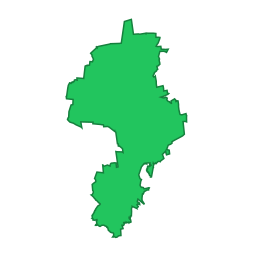 Salvatierra, Guanajuato, Mexico, rotated 355°
{"feature_id": "50627088B1811794709205", "entity_name": "Salvatierra", "entity_type": "district", "adm_level": 2, "iso_a3": "MEX", "parent_name": "Mexico", "parent_adm1": "Guanajuato", "projection": "equal_earth", "projection_center": [-100.915, 20.193], "detail": "fine", "context": "isolated", "style": "filled", "palette": "green", "viewbox_px": 256, "rotation_deg": 355, "n_neighbors": 0, "source": "geoboundaries", "source_scale": "gbopen_adm2", "svg_char_len": 5771}
<svg xmlns="http://www.w3.org/2000/svg" viewBox="0 0 256 256"><g transform="rotate(355 128 128)"><path d="M164.0,36.3L161.6,35.8L156.7,35.4L154.3,35.0L154.2,35.7L153.7,35.6L152.9,35.2L147.9,35.6L146.6,35.2L141.6,35.1L140.8,20.1L133.7,21.6L128.7,42.9L126.9,43.0L117.8,42.5L117.1,42.8L106.1,44.1L104.4,44.5L104.3,45.0L103.9,44.3L103.5,44.5L103.7,45.4L100.6,47.7L97.3,50.3L98.5,52.0L98.4,53.3L99.6,56.4L98.4,58.9L95.9,58.5L95.1,62.0L94.7,61.9L94.2,62.1L92.8,61.9L92.7,62.4L91.6,62.3L90.7,62.6L88.2,74.8L81.5,73.7L81.4,75.2L81.5,75.6L81.5,75.9L80.0,75.4L79.0,75.5L78.7,75.7L78.5,76.8L78.3,77.0L76.9,77.3L76.9,77.8L75.9,77.8L75.7,78.0L75.7,77.8L75.0,78.3L74.9,78.6L74.6,78.5L74.0,77.9L73.8,77.9L72.3,80.2L71.5,82.9L69.5,91.6L69.2,91.5L69.3,93.5L75.8,94.8L75.1,99.9L73.3,100.1L70.6,106.6L70.3,108.9L69.8,112.2L69.0,112.9L68.8,114.0L68.5,114.1L68.5,114.4L69.9,116.2L70.7,117.1L74.1,118.5L76.4,120.2L81.4,123.0L82.0,123.7L81.5,117.8L93.7,119.2L93.4,120.7L101.0,122.1L101.9,122.4L103.8,122.7L103.9,124.6L107.9,124.7L109.0,125.3L114.4,130.2L114.6,129.9L114.7,130.4L115.5,131.1L116.1,142.8L117.0,143.1L116.7,145.0L117.5,145.4L117.9,145.2L120.7,148.1L120.9,152.0L119.9,151.3L114.9,150.7L113.9,150.4L114.7,165.9L113.1,166.2L113.0,161.8L111.7,161.5L108.2,161.6L107.4,162.3L107.0,163.3L106.8,164.3L104.3,163.1L101.3,163.9L100.9,163.9L100.4,163.6L100.1,162.9L99.6,162.7L99.6,170.5L93.2,169.2L90.3,175.5L91.1,176.4L91.3,177.9L91.2,178.7L89.6,179.6L87.4,181.1L87.4,187.2L87.9,187.8L87.8,189.3L87.0,190.6L86.5,191.3L85.5,191.5L86.7,192.7L88.0,194.3L88.2,194.8L88.6,195.4L89.0,195.6L89.4,196.6L89.7,197.1L90.2,197.2L91.9,199.3L92.0,199.7L92.3,200.0L92.7,200.1L93.6,201.0L93.7,201.3L93.1,202.1L91.2,203.0L90.5,203.8L88.6,206.1L88.4,206.6L88.4,207.1L88.2,207.3L87.8,207.3L87.1,208.4L87.1,209.2L86.6,209.5L85.3,211.3L85.0,212.0L84.6,212.0L84.6,214.0L84.8,215.0L84.5,215.1L85.3,215.6L85.1,216.6L87.0,217.0L89.0,216.5L89.1,217.0L88.9,217.7L88.4,218.2L88.7,220.8L87.8,221.2L87.2,221.8L87.1,222.1L88.4,222.2L89.4,222.0L90.0,222.4L90.8,223.3L91.6,223.6L92.2,223.3L93.4,222.6L95.4,222.7L96.3,223.2L96.5,223.6L97.8,224.0L98.1,224.8L98.3,224.6L98.7,224.8L98.9,225.0L98.9,225.3L99.2,225.8L99.2,226.7L99.5,227.1L99.4,227.9L99.9,228.6L101.0,229.5L101.2,230.1L102.2,230.7L104.2,231.3L104.4,231.7L104.5,232.5L104.1,234.2L103.2,235.2L104.3,235.3L105.1,235.0L105.4,235.4L106.1,235.9L107.2,235.8L108.1,235.5L109.1,234.6L111.6,234.5L111.7,232.4L111.8,228.2L114.3,227.8L113.6,224.4L115.1,224.6L115.3,224.4L115.6,223.9L115.9,223.2L115.4,222.0L115.5,221.8L115.8,221.7L116.0,221.9L116.2,222.0L116.7,221.8L117.0,222.0L117.1,222.3L117.6,222.5L118.2,222.3L118.2,221.8L118.5,222.1L119.4,222.2L119.9,222.1L119.9,221.9L120.1,221.8L120.4,222.0L120.7,222.7L121.3,222.1L121.6,222.0L121.8,222.2L122.1,222.2L122.8,221.9L122.6,219.7L122.3,219.1L121.8,219.0L121.8,218.5L122.3,218.5L122.4,217.4L121.3,217.9L121.3,217.0L122.7,217.1L122.8,215.9L123.7,215.9L124.3,211.5L124.4,208.9L124.6,208.0L125.1,207.5L125.3,206.9L125.3,206.4L129.7,208.9L129.6,208.6L129.9,208.3L130.3,208.2L130.6,207.8L131.2,207.5L131.4,207.2L130.2,205.3L131.1,204.5L133.0,205.3L132.9,204.0L132.7,203.6L131.7,202.8L131.0,202.6L130.8,202.1L131.7,199.7L137.2,205.1L137.5,204.8L135.9,201.7L135.7,201.2L135.8,199.1L136.7,194.8L136.9,194.7L137.5,195.0L138.5,193.1L138.5,192.9L139.1,192.4L140.1,192.3L140.6,191.8L141.3,191.5L143.1,191.5L143.1,191.1L143.4,190.4L144.0,189.5L143.6,189.3L140.7,189.8L138.6,189.9L138.1,188.7L136.9,188.3L136.4,188.4L135.7,187.8L135.1,186.4L135.0,185.8L135.5,184.5L135.9,182.6L136.9,180.5L136.4,180.3L135.5,179.4L134.6,175.6L137.9,168.1L138.2,167.7L139.4,166.5L141.0,164.7L141.9,164.6L141.9,165.2L142.6,165.0L143.4,165.4L143.3,164.6L144.9,164.5L147.0,164.8L146.9,165.2L146.6,165.3L146.5,166.0L146.8,165.9L146.9,166.3L147.5,166.6L147.7,167.0L147.4,167.0L146.7,167.9L146.5,168.0L146.4,167.8L146.2,167.6L145.5,167.7L145.4,168.1L144.3,167.8L144.1,168.3L143.9,169.0L144.2,169.3L144.0,169.9L143.8,169.8L143.2,170.4L143.4,171.1L142.8,171.5L143.1,172.6L143.3,172.5L143.4,173.1L143.6,173.1L143.7,173.4L143.7,173.7L143.3,174.0L144.3,173.7L144.5,174.7L144.9,175.4L145.1,175.3L145.1,176.3L145.4,177.2L145.6,177.1L146.3,177.5L146.7,178.5L146.5,178.8L147.1,178.8L149.5,170.1L149.9,169.7L149.7,169.2L150.5,166.4L150.0,165.7L150.1,165.3L150.3,165.8L150.6,166.2L152.0,165.8L151.8,165.6L152.0,165.5L152.3,165.7L152.6,165.3L153.0,165.8L153.8,165.0L155.1,164.0L155.4,164.0L156.7,164.1L157.2,164.4L157.6,163.7L161.1,161.5L160.0,157.3L163.5,154.3L163.7,156.7L164.0,158.1L167.2,157.4L167.1,153.7L164.5,152.7L165.0,152.0L166.4,148.9L166.7,148.5L169.0,147.9L170.5,147.0L170.6,145.5L172.6,144.5L181.7,140.6L183.6,139.1L183.4,126.4L185.5,126.4L186.9,127.0L187.2,122.7L187.5,120.6L187.2,120.4L187.0,118.7L182.7,119.6L181.2,119.1L180.9,118.7L180.3,114.2L180.2,111.1L180.4,108.9L180.2,105.4L179.4,105.2L179.5,105.3L178.1,105.8L177.8,104.0L177.4,103.8L177.2,103.3L177.0,103.0L173.3,104.8L173.4,107.2L173.1,107.2L172.9,106.9L171.8,106.1L171.7,105.5L171.1,105.2L170.3,105.0L169.0,103.2L169.6,102.2L169.4,101.2L168.4,100.7L167.9,100.7L167.4,101.1L165.9,101.1L163.4,100.1L166.8,99.3L170.7,97.9L171.6,97.2L171.4,97.1L170.4,97.2L170.2,93.9L166.8,94.2L166.9,92.2L166.7,89.4L165.9,89.2L166.0,89.0L160.2,89.9L160.0,86.4L160.2,84.0L159.7,78.7L159.6,78.8L158.2,79.5L157.4,78.3L158.3,76.9L158.7,76.5L158.7,76.0L158.9,75.9L159.1,75.5L159.1,75.1L161.3,73.7L161.4,73.2L162.2,72.4L162.7,72.2L162.1,69.1L164.0,68.5L164.2,68.0L165.3,67.3L165.3,65.6L165.2,65.4L164.9,62.7L165.4,62.1L164.6,59.4L166.4,54.5L170.5,54.7L170.9,55.0L172.4,55.3L172.7,56.0L172.6,56.6L174.9,53.0L172.4,53.0L168.0,52.4L167.8,49.5L164.8,49.5L163.2,49.1L164.0,47.5L165.1,46.4L165.6,45.6L167.4,41.8L167.7,40.6L166.5,40.3L163.8,40.1L163.8,38.2L164.0,36.3Z" fill="#22c55e" stroke="#15803d" stroke-width="1.5"/></g></svg>